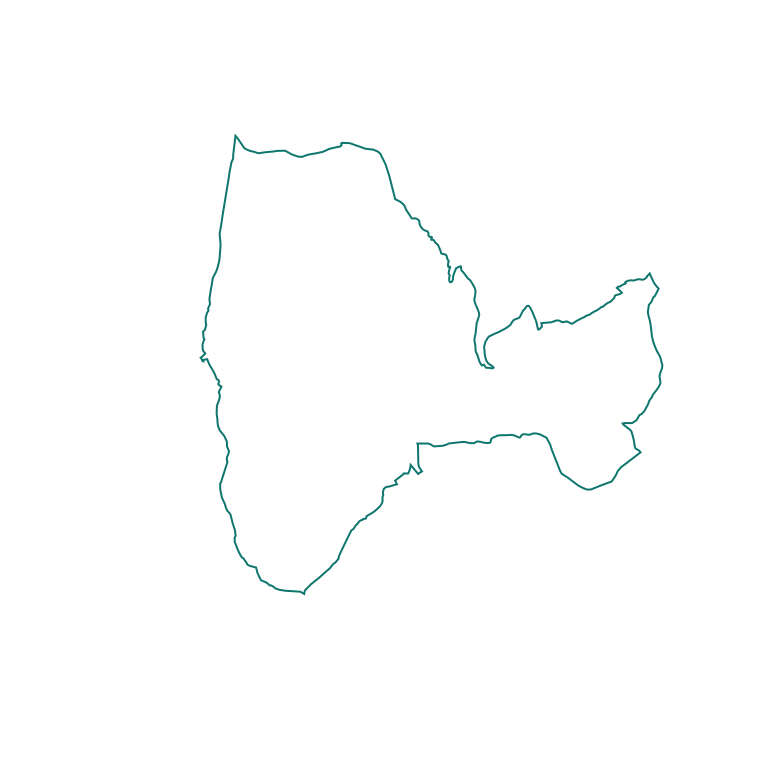 outline of Oncesti, Maramures, Romania, rotated 31°
{"feature_id": "2599482B10269733092117", "entity_name": "Oncesti", "entity_type": "district", "adm_level": 2, "iso_a3": "ROU", "parent_name": "Romania", "parent_adm1": "Maramures", "projection": "robinson", "projection_center": [23.991, 47.848], "detail": "fine", "context": "isolated", "style": "outline", "palette": "teal", "viewbox_px": 768, "rotation_deg": 31, "n_neighbors": 0, "source": "geoboundaries", "source_scale": "gbopen_adm2", "svg_char_len": 6153}
<svg xmlns="http://www.w3.org/2000/svg" viewBox="0 0 768 768"><g transform="rotate(31 384 384)"><path d="M423.7,605.1L422.5,601.8L424.5,593.4L428.1,583.7L430.6,575.5L432.5,569.9L433.1,564.9L434.3,561.7L435.0,557.3L433.9,554.0L432.3,537.6L431.4,526.3L432.5,524.0L432.6,520.0L433.3,517.1L433.6,514.3L434.3,512.8L435.4,511.8L435.7,510.5L437.7,508.7L437.2,506.0L439.5,502.1L441.4,498.1L443.0,493.2L443.7,489.9L443.5,486.3L442.7,484.4L441.2,482.1L440.8,481.2L440.7,479.8L438.6,477.1L438.3,475.4L437.8,474.0L438.3,472.8L438.8,471.2L440.9,469.6L446.7,463.3L443.3,461.1L447.1,451.3L446.9,450.6L447.4,450.2L450.7,448.4L450.6,445.8L449.3,441.1L448.6,439.7L459.6,443.5L460.7,440.9L461.6,439.4L457.5,437.5L455.4,435.9L453.8,433.6L445.0,419.5L443.3,417.8L452.3,412.4L454.1,411.9L455.7,411.7L457.1,411.9L459.1,411.7L466.3,406.6L468.7,403.9L470.3,401.5L480.0,394.1L483.0,392.1L488.1,390.4L491.7,388.3L493.4,385.3L496.4,383.9L499.7,382.9L502.8,381.5L505.1,379.8L505.2,378.8L504.2,375.8L505.5,373.0L506.8,371.6L507.6,370.1L509.5,368.5L511.7,366.9L514.3,365.5L519.6,361.9L522.6,360.9L527.4,360.3L528.2,359.7L528.3,357.2L528.7,356.0L529.6,355.1L532.4,353.7L534.4,352.9L535.5,351.9L536.5,350.4L538.6,348.7L540.2,347.9L543.8,346.8L551.1,346.4L557.3,350.1L562.0,354.2L579.9,367.9L582.5,369.4L590.0,369.6L603.1,371.0L608.5,370.6L612.8,369.8L615.9,367.6L623.0,358.2L629.4,350.3L629.8,343.4L629.2,338.0L630.1,333.2L639.1,310.5L637.1,309.7L632.7,309.7L630.8,308.1L627.5,304.0L624.6,301.0L620.6,297.3L618.6,296.5L610.4,295.6L608.9,294.9L610.9,293.2L616.6,289.9L617.7,288.0L619.1,284.8L619.0,279.1L620.3,276.9L621.1,273.3L620.8,265.4L620.1,262.3L620.1,259.9L620.4,257.5L620.0,255.1L620.9,247.1L620.9,243.1L620.3,240.4L616.2,235.5L615.3,232.9L614.0,226.7L612.6,224.1L610.5,222.3L607.6,219.2L604.5,217.2L601.1,215.3L597.0,212.4L592.7,208.8L589.2,205.2L582.5,196.5L579.0,192.5L575.5,189.2L573.1,186.4L570.3,179.8L570.9,176.4L570.7,174.2L570.2,171.2L570.9,169.0L570.3,160.8L567.0,159.8L563.2,158.2L554.8,152.4L554.5,154.4L553.9,155.8L554.2,157.5L553.5,159.4L552.1,161.4L548.1,163.1L544.5,166.9L542.6,167.7L540.2,169.6L538.5,171.9L538.5,173.0L539.3,173.3L537.0,176.8L536.1,178.8L534.5,180.1L534.1,181.7L539.1,182.7L540.9,183.3L539.7,185.7L537.8,187.5L536.7,188.7L536.5,189.7L537.1,191.4L535.8,196.8L533.9,199.5L532.9,201.8L531.8,205.1L531.0,205.5L528.7,211.0L527.3,213.0L525.7,215.8L524.7,218.4L522.2,221.3L521.5,223.1L520.0,225.2L516.7,230.5L514.6,235.0L513.7,235.7L508.4,236.2L507.2,237.4L504.9,239.3L502.2,239.3L500.9,239.7L499.1,240.7L495.5,245.0L487.5,250.8L489.8,253.4L489.3,256.0L488.7,257.7L488.2,257.9L487.6,257.6L483.3,253.0L480.9,250.9L474.0,245.8L469.8,243.2L468.5,242.7L467.7,242.6L467.0,242.9L466.4,243.6L466.1,244.5L466.0,247.2L465.4,249.4L465.9,256.8L465.5,258.0L462.9,261.3L462.1,262.9L461.9,264.4L461.9,268.0L461.7,268.8L460.1,272.7L458.9,274.9L455.4,280.7L453.1,283.7L449.5,289.2L449.2,291.2L449.2,295.7L449.7,297.1L450.5,300.3L454.6,306.0L457.4,309.3L460.1,311.5L462.9,312.7L468.4,313.0L469.5,313.6L469.0,314.7L464.9,316.5L463.2,317.5L459.6,316.0L458.3,317.7L454.9,316.1L449.4,311.3L445.6,308.6L442.0,303.3L439.4,300.6L438.0,298.0L436.5,293.6L432.1,284.1L430.3,276.3L429.2,274.5L426.4,272.1L422.1,269.1L418.9,266.4L417.5,264.3L416.6,261.3L414.5,257.1L412.7,255.2L407.4,252.1L404.5,250.7L401.4,250.2L393.9,247.2L392.1,246.9L390.3,245.0L389.6,243.8L389.2,243.6L388.3,244.4L386.2,247.6L386.8,251.5L387.4,254.5L388.0,256.8L389.1,258.7L389.5,260.0L389.4,261.3L389.0,262.2L388.3,262.6L387.7,262.6L387.2,262.3L385.8,260.6L384.8,258.5L384.6,257.4L384.1,256.8L382.9,256.3L381.9,255.0L381.4,253.0L380.6,250.9L380.7,250.3L380.4,249.6L380.0,249.5L379.7,249.7L379.4,250.4L378.8,250.4L378.4,250.1L377.8,249.5L376.5,246.9L376.3,245.6L375.7,244.9L374.3,244.5L371.6,241.9L370.8,241.5L369.5,241.5L366.3,242.6L365.5,242.4L364.5,241.3L361.8,239.2L358.5,236.9L354.9,236.3L353.2,235.3L352.3,235.1L351.6,235.3L350.3,236.0L350.0,235.8L349.9,234.2L349.4,233.5L348.8,233.6L348.2,234.2L346.5,234.2L345.6,233.8L344.3,231.6L342.8,230.8L339.6,231.4L337.1,231.2L334.9,230.4L332.2,228.7L330.1,226.0L329.1,225.7L327.1,225.5L325.6,225.9L322.9,227.6L322.0,227.6L319.4,226.2L313.7,223.5L309.4,220.5L306.5,219.7L304.2,219.4L298.4,219.8L280.9,202.5L272.3,195.0L263.8,189.5L262.3,188.6L260.9,188.2L258.3,188.0L253.8,188.7L247.2,191.8L230.6,195.2L223.9,198.9L223.5,199.3L223.4,199.8L224.6,201.1L224.6,201.8L224.1,203.0L220.3,206.4L215.9,210.8L212.0,216.5L207.9,220.4L200.5,226.8L197.1,231.2L195.4,232.3L192.9,233.4L190.0,234.0L186.6,234.7L180.1,234.9L178.7,235.1L177.4,236.1L176.6,236.5L171.9,239.5L170.1,241.2L162.2,247.0L157.6,250.8L155.5,251.4L154.1,251.6L149.0,253.2L145.9,253.7L143.6,253.8L142.6,253.7L132.5,249.0L128.9,247.8L136.6,265.0L138.6,268.5L139.1,272.7L142.1,280.9L145.0,287.9L158.3,321.4L162.1,330.5L165.8,340.0L172.0,348.5L173.7,351.7L178.2,360.7L179.6,364.0L181.7,371.1L182.3,374.8L182.5,378.7L182.7,381.5L185.3,387.8L187.2,392.9L190.7,401.3L193.7,405.1L194.3,409.7L195.0,410.8L195.8,411.5L195.6,414.1L196.3,416.4L196.8,418.7L200.1,424.0L201.0,424.5L202.6,429.7L201.9,432.4L204.2,435.4L205.5,437.4L207.0,438.0L207.3,440.2L208.0,443.4L209.6,446.0L211.5,448.4L212.7,449.0L215.0,449.9L214.1,454.1L213.3,455.8L213.9,456.0L216.3,457.6L217.2,457.8L217.6,457.7L217.5,457.4L216.9,457.1L216.8,456.5L217.0,456.1L219.7,453.8L222.0,455.6L224.1,457.1L227.0,458.8L229.1,459.8L233.5,462.4L238.2,466.0L240.0,465.9L240.8,466.3L241.3,466.9L242.1,469.5L242.9,469.9L246.0,470.0L246.5,476.0L248.6,477.7L250.1,479.9L251.1,483.7L251.7,487.4L252.0,488.7L255.9,495.8L259.2,499.8L261.2,502.8L263.6,505.7L266.9,508.2L273.0,510.5L274.6,511.3L279.1,514.4L281.5,518.3L285.8,521.5L286.7,524.3L287.1,527.6L288.4,530.1L289.0,530.7L289.9,531.2L295.0,552.7L294.8,553.7L298.1,558.9L303.4,564.7L309.3,568.8L313.2,572.3L315.2,573.4L318.2,574.3L319.7,575.0L325.9,581.2L331.6,586.2L335.0,590.5L335.1,592.5L336.6,595.1L337.8,596.5L344.1,601.4L347.5,603.7L351.4,605.8L352.9,605.7L358.3,608.1L359.8,609.1L362.7,609.0L368.9,607.2L373.2,611.4L379.7,615.6L384.0,614.9L386.7,614.8L389.5,615.5L391.0,614.8L393.5,614.7L396.0,615.2L400.6,614.2L406.0,612.0L419.3,605.1L423.7,605.1Z" fill="none" stroke="#0f766e" stroke-width="2"/></g></svg>